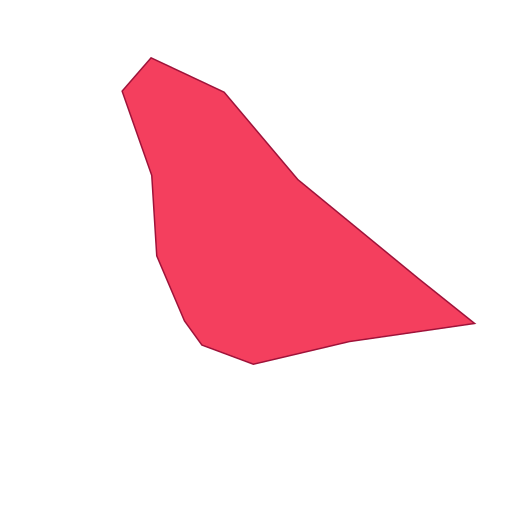 Oxelösund, Södermanland, Sweden, rotated 41°
{"feature_id": "70781695B16692343242132", "entity_name": "Oxelösund", "entity_type": "district", "adm_level": 2, "iso_a3": "SWE", "parent_name": "Sweden", "parent_adm1": "Södermanland", "projection": "equal_earth", "projection_center": [17.078, 58.693], "detail": "fine", "context": "isolated", "style": "filled", "palette": "rose", "viewbox_px": 512, "rotation_deg": 41, "n_neighbors": 0, "source": "geoboundaries", "source_scale": "gbopen_adm2", "svg_char_len": 324}
<svg xmlns="http://www.w3.org/2000/svg" viewBox="0 0 512 512"><g transform="rotate(41 256 256)"><path d="M465.2,163.5L392.9,166.5L237.5,170.9L124.5,153.3L46.8,175.3L46.8,219.4L124.5,263.6L181.0,321.0L244.6,351.9L273.6,358.7L325.0,339.4L382.6,259.3L465.2,163.5Z" fill="#f43f5e" stroke="#9f1239" stroke-width="1.5"/></g></svg>